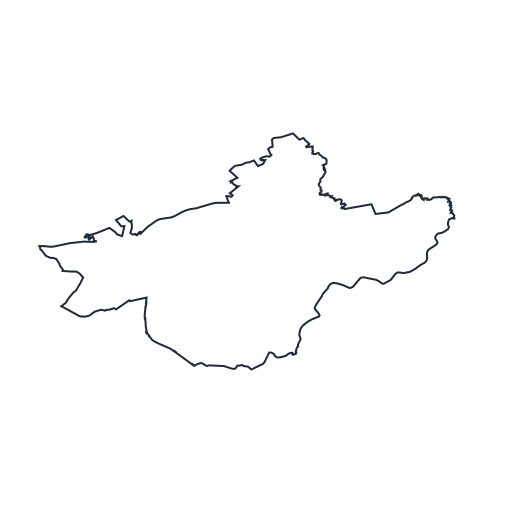 the district of Drabešu pag., Amatas, Latvia, rotated 161°
{"feature_id": "27541924B30563541245328", "entity_name": "Drabešu pag.", "entity_type": "district", "adm_level": 2, "iso_a3": "LVA", "parent_name": "Latvia", "parent_adm1": "Amatas", "projection": "robinson", "projection_center": [25.204, 57.242], "detail": "fine", "context": "isolated", "style": "outline", "palette": "slate", "viewbox_px": 512, "rotation_deg": 161, "n_neighbors": 0, "source": "geoboundaries", "source_scale": "gbopen_adm2", "svg_char_len": 6039}
<svg xmlns="http://www.w3.org/2000/svg" viewBox="0 0 512 512"><g transform="rotate(161 256 256)"><path d="M350.2,172.1L346.8,172.9L342.5,172.7L338.3,167.9L336.0,167.9L322.2,162.4L315.1,157.1L312.7,156.2L311.0,157.0L309.3,158.4L307.1,157.7L304.6,157.5L303.8,156.2L299.5,153.9L297.3,150.2L284.2,151.8L282.2,153.2L275.0,160.4L273.0,159.7L272.2,159.0L270.8,157.1L270.6,156.5L270.9,155.6L269.1,153.2L266.5,152.4L262.6,152.0L259.7,152.0L257.1,153.1L254.7,153.0L254.0,152.4L253.5,152.8L253.0,152.4L253.0,151.8L253.5,151.2L253.0,150.4L250.2,150.6L250.2,151.1L249.6,151.3L249.8,151.6L249.4,152.1L249.4,153.0L248.9,153.3L248.3,154.7L246.4,156.7L245.6,156.7L245.1,158.7L241.2,162.5L240.7,163.9L240.9,166.3L240.7,167.4L238.9,171.0L237.1,173.1L234.1,175.1L228.2,177.1L223.8,177.9L216.2,178.3L215.3,179.0L215.2,179.6L215.7,182.0L217.6,186.9L217.2,188.2L214.7,190.6L206.8,196.6L205.2,198.4L199.5,201.6L198.2,202.5L197.3,203.7L194.7,205.3L191.6,205.4L188.2,203.7L183.8,200.6L178.0,195.3L177.1,195.1L174.6,195.2L164.3,201.3L161.5,201.0L150.2,194.4L148.3,192.5L145.4,188.6L144.2,188.2L136.4,189.5L130.0,193.7L127.6,194.4L124.8,193.3L122.5,191.9L115.9,190.9L109.9,191.9L104.0,193.8L98.2,194.9L96.0,196.4L94.6,198.7L94.0,201.7L93.1,203.8L90.9,205.8L83.2,207.7L81.2,208.5L80.1,209.5L79.9,210.5L80.8,214.0L80.6,215.1L79.5,216.5L77.9,217.5L76.1,218.0L73.3,217.5L71.5,217.5L66.4,218.6L65.1,219.3L64.2,220.5L64.2,223.3L63.4,225.4L61.5,227.7L58.4,228.0L56.3,226.8L56.0,227.6L56.2,228.6L55.5,229.4L55.3,230.0L55.9,231.2L56.1,232.5L57.9,233.2L57.4,233.9L56.5,234.1L56.5,235.6L56.1,235.6L56.4,236.0L57.3,236.1L56.6,237.6L56.0,237.9L56.4,238.2L55.9,239.2L56.1,239.7L55.3,239.9L56.2,240.7L55.4,240.9L54.7,241.7L54.9,242.0L55.6,241.9L55.7,242.4L54.6,242.5L54.2,243.2L55.0,244.1L55.1,244.6L56.7,244.8L56.1,245.5L54.9,245.8L54.9,246.7L55.3,247.0L54.9,247.2L56.2,247.8L55.8,248.4L56.4,249.0L56.9,249.0L57.1,249.6L58.0,250.4L58.8,250.0L59.7,250.8L60.7,250.9L61.1,251.6L62.2,251.2L64.3,252.6L65.3,252.4L66.8,252.7L68.7,253.6L69.8,253.5L71.8,252.5L72.4,252.8L73.7,252.5L76.2,253.6L76.1,254.4L75.2,254.1L75.0,254.5L77.9,255.7L79.0,255.8L78.6,255.1L79.1,254.4L79.6,255.3L80.0,255.4L79.8,255.9L79.9,256.1L80.7,256.4L80.8,257.8L79.8,258.4L80.1,259.1L79.9,259.7L80.2,259.9L81.0,259.2L81.4,259.4L81.2,259.8L81.8,260.3L81.4,260.8L81.6,261.1L83.3,260.9L82.9,261.8L84.7,261.5L85.5,261.0L86.7,261.6L89.3,260.6L89.6,259.8L90.2,259.7L90.6,258.9L93.2,258.1L97.5,257.8L99.1,257.2L101.7,257.0L116.5,254.1L129.3,256.8L130.0,267.3L157.0,271.6L157.1,272.3L159.5,273.2L159.7,273.5L159.1,274.2L157.3,274.0L154.5,275.2L155.1,276.7L157.0,277.0L158.4,276.9L158.9,277.5L156.8,280.5L157.3,281.7L158.7,282.5L160.6,282.8L161.3,282.4L162.2,283.0L162.7,282.1L163.2,282.2L163.7,284.4L163.1,285.0L164.9,286.2L165.1,286.7L166.2,287.2L165.1,287.9L166.0,288.1L166.5,289.0L168.7,290.3L168.0,290.7L167.9,291.4L169.0,290.9L169.2,291.3L168.9,291.9L169.4,291.9L170.6,291.4L170.5,290.8L170.8,290.5L171.5,290.9L172.0,291.6L171.9,292.0L174.6,292.5L174.9,292.9L174.7,293.1L175.7,293.3L175.6,294.2L174.9,294.4L174.8,295.1L174.2,295.1L172.9,295.9L172.7,296.4L172.7,296.9L173.5,297.7L172.6,299.5L173.5,302.5L173.3,303.4L172.4,304.4L170.8,305.4L170.5,307.0L169.8,308.0L167.2,308.9L163.1,312.6L162.7,313.6L163.2,314.4L162.6,315.2L163.5,315.4L163.2,316.0L163.6,316.5L162.8,317.0L163.2,317.6L162.8,317.9L162.6,318.7L163.1,319.7L162.5,319.6L162.5,320.2L160.2,320.1L159.3,320.5L158.1,323.5L158.3,323.9L158.0,324.9L159.6,326.8L160.8,327.4L161.0,328.4L163.0,331.3L163.1,332.7L164.5,333.3L166.0,333.0L168.2,333.5L168.4,334.1L169.4,334.5L168.9,335.6L168.0,336.0L167.9,336.8L168.3,337.5L167.8,338.3L167.9,338.9L166.7,340.5L166.7,341.1L171.8,342.3L172.8,342.2L173.2,342.8L173.7,342.9L169.9,344.0L170.0,344.2L169.1,344.6L171.9,349.6L172.5,351.8L172.9,352.1L177.1,351.9L181.1,359.9L193.4,360.1L200.9,361.8L203.2,360.7L203.3,359.5L204.7,353.9L207.4,354.1L209.7,353.1L209.0,347.0L208.6,346.5L210.6,345.5L213.6,346.9L218.6,347.1L220.2,346.7L220.3,346.1L220.1,345.9L220.3,345.5L219.9,345.1L218.3,344.6L218.5,344.3L216.1,343.7L219.3,340.8L224.9,340.4L226.8,346.9L227.3,347.0L231.8,346.8L235.1,347.5L239.5,346.9L246.1,348.0L247.9,347.6L252.5,345.6L253.2,345.2L248.1,336.0L255.4,335.1L255.1,334.9L255.3,334.4L255.0,334.4L255.2,334.1L254.9,334.2L255.0,334.0L254.5,333.5L254.8,333.3L253.7,330.9L251.7,328.8L252.0,328.3L249.9,327.6L260.4,323.8L258.3,321.1L259.9,320.0L263.4,322.0L264.7,322.2L264.3,315.2L276.9,319.4L281.4,319.9L297.1,320.6L302.8,321.7L307.5,321.9L311.3,321.7L319.9,320.2L323.7,320.1L335.1,322.2L338.6,321.9L348.8,318.9L358.3,314.5L358.5,314.9L358.1,315.5L356.6,315.8L357.6,316.6L358.7,316.5L360.6,315.4L361.2,314.5L362.0,314.4L362.5,314.8L362.6,315.7L362.9,316.2L365.1,316.2L366.2,317.1L367.3,318.6L364.1,323.2L363.1,326.5L363.1,328.0L362.2,329.8L364.5,329.8L368.3,337.0L376.6,335.6L373.8,328.0L370.7,327.1L376.1,318.4L380.3,321.6L381.3,324.4L385.4,330.3L398.9,329.6L405.8,329.8L409.1,331.7L411.9,329.6L411.5,328.9L408.9,329.2L407.0,328.6L407.3,327.8L408.7,327.0L408.7,326.5L408.4,325.8L404.0,327.6L403.7,325.0L404.2,324.0L403.9,323.1L401.7,321.6L404.5,322.3L404.6,322.1L414.3,325.7L427.6,328.7L444.3,330.8L447.2,331.6L453.3,334.4L457.6,335.9L457.4,333.8L457.8,332.5L456.9,331.2L454.6,324.6L451.2,321.3L448.2,320.1L445.8,318.2L444.4,312.6L444.5,311.0L444.2,309.4L443.0,306.1L443.2,305.3L443.7,304.9L437.4,302.1L430.9,299.7L428.7,297.1L426.4,292.0L430.8,287.6L437.8,281.7L440.4,281.0L446.9,277.1L451.2,273.6L456.4,271.9L441.8,255.9L439.1,255.2L437.8,254.3L432.9,253.9L426.3,256.0L425.8,255.7L424.0,255.9L419.7,255.5L416.4,253.4L415.6,253.9L411.7,252.9L407.6,252.9L406.6,252.3L405.7,251.1L390.3,255.4L389.9,254.3L373.0,252.3L375.3,247.5L374.9,247.4L376.7,244.1L376.9,244.2L380.7,235.9L381.5,233.0L381.0,233.0L383.1,225.5L384.0,220.6L383.9,219.8L384.8,219.8L384.6,218.3L383.9,218.3L383.0,215.3L383.2,215.2L381.4,210.3L380.4,208.9L376.8,205.1L367.5,196.6L364.6,192.8L364.2,193.0L363.2,191.5L363.6,191.4L356.7,181.5L351.9,174.7L351.5,174.8L350.8,173.9L351.3,173.7L350.2,172.1Z" fill="none" stroke="#1e293b" stroke-width="2"/></g></svg>